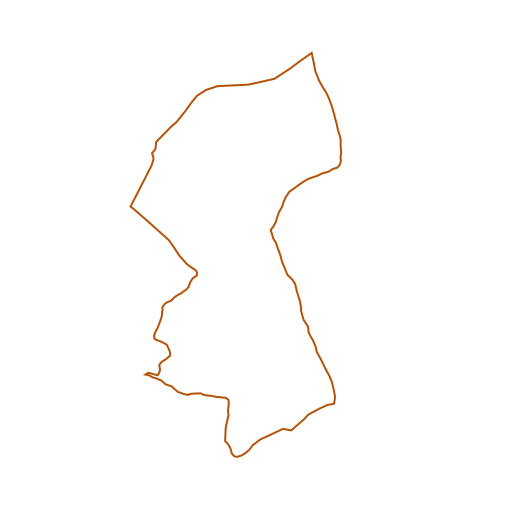 the district of Etsako East, Edo, Nigeria, rotated 237°
{"feature_id": "59680162B2904770846082", "entity_name": "Etsako East", "entity_type": "district", "adm_level": 2, "iso_a3": "NGA", "parent_name": "Nigeria", "parent_adm1": "Edo", "projection": "albers", "projection_center": [6.475, 7.187], "detail": "fine", "context": "isolated", "style": "outline", "palette": "amber", "viewbox_px": 512, "rotation_deg": 237, "n_neighbors": 0, "source": "geoboundaries", "source_scale": "gbopen_adm2", "svg_char_len": 2777}
<svg xmlns="http://www.w3.org/2000/svg" viewBox="0 0 512 512"><g transform="rotate(237 256 256)"><path d="M422.5,303.0L422.5,293.6L419.4,284.2L416.3,276.4L413.5,268.1L411.6,262.3L411.0,256.9L406.1,234.6L403.9,232.7L400.4,229.8L398.8,224.8L395.1,223.9L392.7,222.5L388.6,217.4L371.2,187.2L365.8,177.7L361.9,179.1L339.9,185.3L316.4,191.6L306.8,191.9L300.3,191.9L298.0,191.9L293.0,192.7L287.6,193.5L284.7,194.3L276.7,197.7L274.2,197.6L271.8,195.5L271.8,190.8L270.2,187.4L268.6,184.8L266.9,182.7L265.7,179.2L265.8,175.4L265.4,172.8L265.8,170.3L265.9,165.6L265.3,162.9L264.7,160.1L265.2,158.4L265.6,156.2L265.6,153.7L264.0,149.4L261.9,148.5L260.3,146.8L257.8,145.1L255.6,142.8L252.1,138.2L249.6,134.8L248.4,132.6L246.4,129.2L244.5,127.0L241.9,125.8L239.3,127.0L236.8,129.1L233.4,131.2L230.1,132.9L224.3,132.0L221.4,131.1L219.3,129.9L218.5,124.3L218.6,120.0L218.2,117.5L217.0,115.3L212.8,113.6L210.4,110.6L209.6,108.5L216.7,102.1L216.8,98.7L214.1,101.4L210.1,103.4L208.8,104.8L206.2,106.8L202.9,108.9L197.6,110.3L195.0,112.4L192.4,114.4L189.1,115.1L187.1,115.8L184.5,116.5L181.9,118.6L179.9,119.9L176.6,123.3L176.0,126.0L173.4,130.8L170.8,134.9L167.5,136.9L163.6,141.7L159.0,146.5L157.7,148.5L156.3,149.9L153.7,153.3L150.4,154.6L147.8,153.3L145.2,151.3L141.2,148.0L137.9,146.6L135.9,144.6L132.0,140.6L128.7,137.3L124.1,133.9L117.5,129.3L114.2,130.0L110.3,130.0L107.0,129.4L103.7,128.1L102.4,128.3L99.7,128.8L97.8,130.8L96.5,135.5L96.5,140.3L97.2,145.0L99.1,150.4L99.2,151.6L99.8,159.8L96.3,184.6L90.6,190.5L93.0,207.9L94.5,213.3L93.4,226.7L92.1,234.9L89.5,241.0L94.8,245.6L101.4,248.3L108.6,250.9L112.0,251.6L113.2,251.8L114.0,252.0L115.2,252.2L123.1,252.8L128.4,253.4L133.6,254.1L142.2,254.7L147.4,256.6L154.7,257.9L158.0,257.9L163.2,258.5L168.5,261.2L176.4,261.1L178.7,261.8L185.0,263.7L189.6,266.4L194.8,268.4L199.4,269.7L204.1,271.0L211.3,273.6L216.6,273.6L223.1,272.1L229.7,273.4L233.0,274.0L236.9,274.7L242.9,276.7L244.3,277.1L251.4,278.6L256.0,279.9L260.6,279.9L265.3,281.2L269.9,282.5L271.2,286.5L273.8,291.2L277.8,295.9L280.4,299.3L282.5,303.5L283.1,304.7L286.4,308.7L286.5,308.9L286.8,309.3L287.7,310.6L289.0,312.7L291.7,318.8L292.4,332.9L292.4,336.3L292.4,339.3L292.4,341.0L291.1,346.5L289.8,351.2L289.2,356.6L287.6,361.5L287.2,362.7L287.2,365.1L287.2,367.4L285.9,372.2L286.6,375.5L289.3,378.9L293.2,380.9L295.8,383.5L298.5,384.9L303.1,387.5L307.1,390.2L310.4,391.5L317.6,393.5L319.5,394.3L322.2,395.4L326.8,396.8L332.1,398.7L334.7,399.4L340.7,401.3L346.6,402.6L350.5,403.3L355.1,403.9L360.4,403.9L369.0,404.4L374.3,405.6L374.9,405.7L378.8,406.4L382.3,407.9L385.2,409.1L396.0,413.3L395.5,399.7L395.4,397.6L394.6,386.7L394.6,367.9L399.3,355.1L403.9,342.9L418.7,317.4L419.4,316.3L421.9,306.8L422.5,304.5L422.5,303.0Z" fill="none" stroke="#b45309" stroke-width="2"/></g></svg>